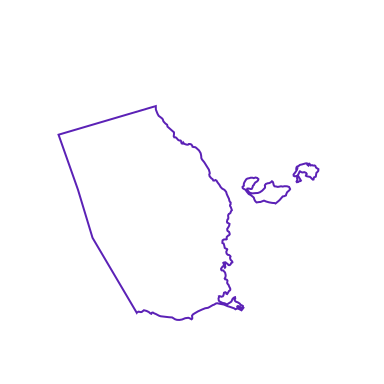 Sharm el-Sheikh, Janub Sina', Egypt, rotated 324°
{"feature_id": "37247803B39887765706268", "entity_name": "Sharm el-Sheikh", "entity_type": "district", "adm_level": 2, "iso_a3": "EGY", "parent_name": "Egypt", "parent_adm1": "Janub Sina'", "projection": "natural_earth1", "projection_center": [34.42, 28.077], "detail": "fine", "context": "isolated", "style": "outline", "palette": "violet", "viewbox_px": 384, "rotation_deg": 324, "n_neighbors": 0, "source": "geoboundaries", "source_scale": "gbopen_adm2", "svg_char_len": 5847}
<svg xmlns="http://www.w3.org/2000/svg" viewBox="0 0 384 384"><g transform="rotate(324 192 192)"><path d="M76.3,257.2L76.5,257.1L78.5,257.4L79.7,258.8L80.7,259.5L83.6,259.4L85.4,261.6L85.9,262.7L86.4,263.4L87.0,265.8L87.5,266.6L88.5,266.1L89.5,266.5L90.0,267.8L91.1,269.6L92.6,272.7L93.6,274.1L99.8,279.8L102.2,281.8L103.5,285.0L104.6,286.5L106.6,288.1L109.0,289.3L112.3,290.1L115.1,291.6L115.9,292.8L116.8,294.7L117.7,294.6L118.1,294.2L118.6,293.4L119.3,292.1L120.8,291.6L122.7,291.7L126.7,292.1L131.1,293.0L132.3,293.3L134.3,293.8L136.9,295.1L138.3,295.3L142.3,295.7L143.5,296.1L146.0,296.3L147.1,296.9L148.3,298.3L150.4,300.5L151.7,301.9L153.7,305.3L155.3,307.4L157.8,311.0L158.2,312.4L159.1,312.6L160.2,312.9L161.2,314.2L162.5,316.8L163.6,316.5L163.4,315.5L162.8,314.1L161.7,313.3L160.8,312.2L161.3,311.2L162.1,311.2L163.0,312.3L163.9,314.7L164.5,316.2L165.6,315.9L165.5,315.2L166.2,314.1L165.8,313.2L165.1,312.0L165.0,310.3L164.2,308.2L163.1,306.6L162.8,305.2L163.1,304.2L164.3,303.7L165.0,302.4L164.5,302.2L163.3,302.1L161.8,302.4L160.5,303.2L159.4,303.8L158.3,303.8L155.9,303.6L154.8,303.6L154.0,303.1L153.0,301.2L151.6,299.8L149.9,296.6L149.9,295.5L150.8,293.8L151.4,293.3L152.2,292.9L152.5,292.2L153.2,292.5L154.2,294.0L155.6,294.5L156.5,294.2L157.6,293.3L158.7,292.3L160.0,292.6L160.4,293.5L160.0,294.6L160.4,295.2L161.8,294.7L163.1,294.1L163.9,293.8L164.8,293.9L165.5,293.6L166.1,292.7L166.3,292.0L166.3,291.7L166.4,291.0L166.7,289.6L167.0,288.4L166.8,287.7L167.0,286.2L167.8,285.4L168.6,284.5L168.6,283.5L168.2,282.8L167.5,282.1L167.6,281.2L168.7,280.7L169.7,279.9L170.4,279.0L171.3,276.9L171.4,276.2L171.1,273.7L170.0,272.9L169.9,272.0L170.5,271.1L171.6,270.7L173.0,270.3L174.3,270.3L174.3,271.2L174.1,272.6L174.6,272.5L175.0,272.2L175.2,271.3L176.1,270.1L175.9,269.5L175.3,269.0L175.5,268.2L175.7,267.7L176.5,267.8L177.8,268.6L178.0,269.9L178.5,270.9L178.6,272.6L179.5,273.3L180.7,273.2L182.0,272.5L182.5,272.6L183.3,272.7L183.6,272.2L183.7,271.5L183.4,269.6L183.7,268.4L184.2,267.5L185.3,266.8L185.3,266.0L184.9,264.7L184.0,263.8L183.8,262.2L184.5,260.6L185.9,259.7L186.8,259.1L186.8,258.7L186.1,257.7L185.6,256.5L186.6,254.3L187.3,252.3L186.6,251.2L187.1,250.4L188.3,249.1L189.7,249.1L190.8,249.7L191.8,250.5L192.5,250.5L192.7,249.9L193.7,248.8L195.5,248.5L196.5,248.7L197.5,248.5L198.0,247.8L198.3,246.9L198.5,246.1L197.9,244.3L198.2,243.4L198.9,242.5L200.4,242.0L202.3,241.1L203.6,239.9L203.0,238.4L202.5,237.5L202.8,236.6L204.5,235.1L205.5,235.0L206.4,234.0L206.8,233.2L207.6,232.0L208.9,231.4L209.8,231.6L210.8,231.5L211.6,230.9L213.2,230.1L213.6,230.1L214.5,227.1L214.6,225.6L215.1,224.9L215.9,224.7L217.1,223.2L216.9,222.2L217.1,221.0L217.9,219.3L218.4,216.5L218.9,214.1L219.7,211.9L219.5,209.3L218.4,207.0L218.1,204.8L218.4,202.2L218.3,199.4L218.5,197.2L218.0,196.1L217.0,196.0L216.0,195.3L216.2,193.5L215.7,192.4L215.5,189.6L216.3,187.9L217.4,187.3L217.9,186.2L218.8,183.8L219.1,179.3L219.4,175.2L219.2,171.5L219.5,170.0L220.6,168.3L221.8,165.7L222.1,162.5L221.3,158.5L220.7,157.3L220.0,156.9L219.0,155.7L219.4,154.7L219.4,153.2L218.6,152.0L217.6,151.3L217.1,151.5L216.3,151.2L215.3,150.3L214.0,148.4L214.0,146.9L213.6,147.1L212.9,147.4L212.2,146.6L212.5,145.5L213.1,144.7L213.0,143.6L212.0,142.9L211.4,141.7L211.2,139.3L210.9,138.2L209.8,137.4L210.0,136.1L210.8,135.3L211.6,134.4L212.5,133.1L212.1,131.5L211.5,128.7L210.6,124.7L211.4,123.0L210.7,120.8L210.4,118.1L211.0,116.3L211.1,115.2L210.5,113.0L209.8,110.8L210.1,108.4L211.2,104.1L213.2,101.2L117.7,67.2L101.1,123.1L84.6,170.6L76.3,257.2ZM238.1,216.6L237.7,217.4L236.6,217.5L236.4,217.5L235.8,217.6L235.3,218.8L235.9,220.3L236.6,221.6L236.5,223.8L236.7,227.0L237.7,228.9L238.4,231.4L238.7,232.8L238.0,234.9L237.8,236.7L238.1,238.4L239.5,239.1L240.6,239.7L241.5,240.3L243.4,240.8L245.2,241.3L246.4,243.3L248.3,245.7L250.7,248.2L252.2,249.3L252.8,250.4L256.2,250.2L258.2,250.0L262.8,248.9L263.9,249.5L266.0,250.0L266.9,249.2L268.8,248.1L271.8,247.8L273.1,247.3L273.5,245.0L272.3,243.3L270.4,241.8L269.6,241.4L268.5,240.9L267.4,239.7L265.4,238.8L264.4,238.3L263.1,236.8L262.1,235.9L262.2,234.3L263.0,232.5L263.3,231.3L263.0,230.3L261.5,230.5L259.7,230.2L258.3,229.4L256.4,228.9L255.9,229.1L255.3,229.2L255.1,229.3L254.8,229.5L254.5,230.1L254.1,230.9L253.4,231.5L249.6,232.2L246.8,232.1L244.7,231.5L242.7,230.2L241.2,229.3L239.9,228.5L238.5,226.8L238.1,225.8L238.0,223.5L238.1,222.5L238.7,221.8L239.3,222.0L240.3,222.9L241.1,224.0L242.1,224.6L243.2,224.1L244.0,223.6L245.0,222.7L246.0,222.7L247.5,221.9L248.9,221.5L250.7,221.7L252.3,221.4L253.3,220.6L253.0,219.0L251.9,217.6L250.1,217.1L249.3,216.0L248.0,215.0L246.5,214.5L244.7,213.7L243.4,213.6L241.6,214.3L240.2,214.9L239.0,215.6L238.1,216.6ZM285.0,246.3L286.2,246.9L286.7,246.8L286.8,246.8L287.0,245.3L287.0,245.0L287.2,242.8L287.2,242.4L287.3,241.8L287.3,240.6L288.4,240.2L289.8,239.5L290.7,238.9L291.0,238.8L291.5,238.7L292.1,240.2L292.8,241.1L294.6,242.0L295.5,243.6L295.4,244.9L294.1,245.4L294.0,245.6L293.7,245.8L294.1,246.7L295.1,247.8L295.9,248.7L296.3,249.0L296.6,250.3L296.8,252.0L297.1,253.1L297.7,253.3L298.3,252.7L299.3,251.9L300.1,252.1L301.2,252.3L302.6,250.9L302.9,250.6L303.2,250.3L304.0,249.6L305.2,249.5L306.6,249.1L307.7,247.8L307.1,246.3L306.7,245.1L307.1,243.5L306.8,242.6L305.5,241.8L305.2,241.3L305.0,240.9L304.5,240.6L304.0,240.5L303.5,240.2L303.7,238.9L303.5,238.0L302.8,237.9L302.1,238.7L302.0,238.8L301.7,239.0L301.4,238.1L301.4,237.4L302.0,236.7L301.5,236.1L300.4,235.5L299.8,235.3L298.2,234.7L297.3,234.4L295.2,233.5L293.5,233.6L291.9,233.2L291.0,233.5L290.1,234.4L290.5,234.6L291.0,234.9L290.0,235.7L287.7,236.6L286.2,237.1L285.2,237.3L284.4,237.6L283.8,238.7L284.4,239.8L285.0,240.1L285.9,240.4L286.6,241.4L285.9,241.8L285.1,242.5L284.7,243.8L284.0,244.2L283.1,244.8L282.7,245.0L282.6,245.7L283.7,246.3L284.9,246.3L285.0,246.3Z" fill="none" stroke="#5b21b6" stroke-width="2"/></g></svg>